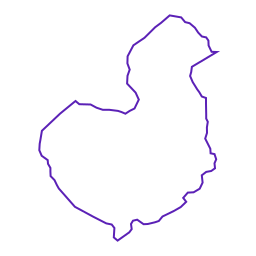 Triunfo, Pernambuco, Brazil
{"feature_id": "56859067B74717600950827", "entity_name": "Triunfo", "entity_type": "district", "adm_level": 2, "iso_a3": "BRA", "parent_name": "Brazil", "parent_adm1": "Pernambuco", "projection": "mercator", "projection_center": [-38.058, -7.842], "detail": "fine", "context": "isolated", "style": "outline", "palette": "violet", "viewbox_px": 256, "rotation_deg": 0, "n_neighbors": 0, "source": "geoboundaries", "source_scale": "gbopen_adm2", "svg_char_len": 1273}
<svg xmlns="http://www.w3.org/2000/svg" viewBox="0 0 256 256"><path d="M133.4,45.3L127.6,56.3L127.4,63.4L129.7,69.6L127.5,75.8L127.1,83.6L135.6,92.6L138.8,99.6L134.5,108.5L129.7,110.9L125.4,113.7L121.4,112.0L118.0,110.9L109.3,109.8L102.8,109.8L96.5,107.7L90.6,104.5L79.3,104.2L75.5,101.0L60.0,113.7L41.9,130.8L40.4,139.9L39.7,143.7L39.3,150.2L41.7,155.8L47.7,160.1L48.0,163.8L50.4,167.9L50.4,171.5L50.6,176.1L54.5,180.1L56.9,185.1L58.8,188.5L74.9,206.8L93.2,216.7L106.3,223.4L111.7,224.5L114.4,228.0L113.8,237.4L117.6,240.6L129.3,232.3L131.7,229.1L131.0,224.0L133.0,220.7L137.2,219.7L143.6,224.2L147.8,224.0L154.9,222.3L158.8,221.0L162.5,216.5L174.0,210.9L180.8,207.0L186.2,201.8L183.2,197.9L187.8,192.6L193.6,192.3L199.7,188.7L202.6,182.6L201.8,175.3L206.2,171.9L211.2,171.0L215.0,168.3L214.5,163.3L216.2,159.3L214.5,154.1L210.6,153.3L210.3,148.7L205.2,138.6L207.0,132.9L206.9,127.4L207.8,121.8L206.2,118.6L206.2,114.5L206.0,103.9L206.0,98.0L201.8,96.5L199.3,92.2L197.1,89.2L195.4,86.4L192.7,82.1L190.1,76.0L191.2,72.0L191.9,66.8L216.7,52.0L211.6,51.8L208.6,45.5L208.4,40.6L206.2,37.4L201.9,36.5L198.2,32.6L194.9,27.7L189.6,23.2L185.1,22.1L181.2,17.4L169.7,15.4L161.0,22.9L155.2,27.2L144.5,37.8L139.0,41.5L133.4,45.3Z" fill="none" stroke="#5b21b6" stroke-width="2"/></svg>